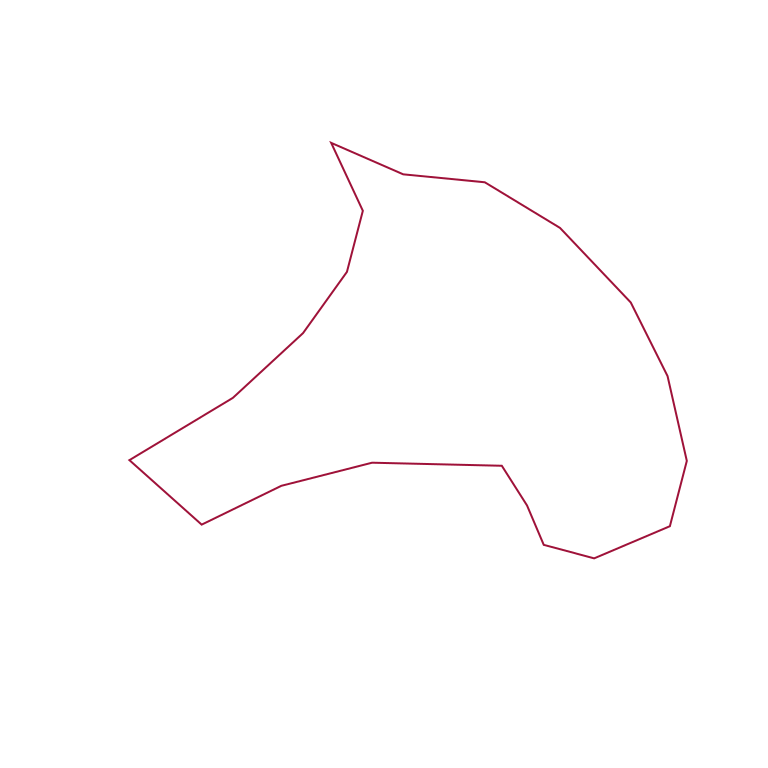 an SVG outline of San Marino, rotated 337°
{"feature_id": "SMR-4884", "entity_name": "San Marino", "entity_type": "state/province", "adm_level": 1, "iso_a3": "SMR", "parent_name": "San Marino", "parent_adm1": "", "projection": "mercator", "projection_center": [12.418, 43.922], "detail": "fine", "context": "isolated", "style": "outline", "palette": "rose", "viewbox_px": 768, "rotation_deg": 337, "n_neighbors": 0, "source": "natural_earth", "source_scale": "10m", "svg_char_len": 418}
<svg xmlns="http://www.w3.org/2000/svg" viewBox="0 0 768 768"><g transform="rotate(337 384 384)"><path d="M161.2,442.2L119.9,354.6L239.5,337.7L329.4,305.5L393.7,266.3L432.2,216.3L429.6,141.4L483.6,198.5L555.6,237.7L607.0,309.1L643.0,405.4L648.1,487.5L632.7,573.1L591.6,626.6L509.3,626.6L468.2,594.5L468.2,551.7L460.5,505.3L342.3,451.8L249.7,437.6L161.2,442.2Z" fill="none" stroke="#9f1239" stroke-width="2"/></g></svg>